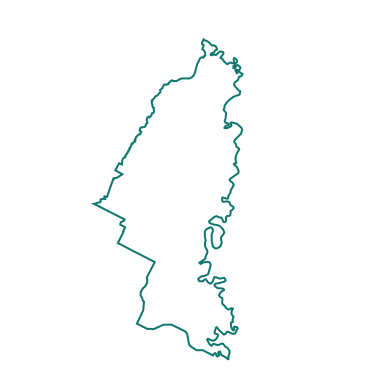 outline of Manningham, Victoria, Australia, rotated 109°
{"feature_id": "25037944B66764167138958", "entity_name": "Manningham", "entity_type": "district", "adm_level": 2, "iso_a3": "AUS", "parent_name": "Australia", "parent_adm1": "Victoria", "projection": "natural_earth1", "projection_center": [145.177, -37.757], "detail": "fine", "context": "isolated", "style": "outline", "palette": "teal", "viewbox_px": 384, "rotation_deg": 109, "n_neighbors": 0, "source": "geoboundaries", "source_scale": "gbopen_adm2", "svg_char_len": 6039}
<svg xmlns="http://www.w3.org/2000/svg" viewBox="0 0 384 384"><g transform="rotate(109 192 192)"><path d="M43.9,230.7L47.1,231.2L49.2,230.4L49.1,229.2L49.7,228.7L53.5,228.7L54.3,226.8L56.0,224.9L58.5,224.0L59.2,224.2L59.8,225.0L60.3,224.8L60.7,225.2L61.2,225.0L61.5,225.5L61.4,226.5L62.6,227.8L69.6,228.7L77.7,228.1L80.7,228.2L83.5,229.4L85.6,231.7L87.8,238.4L89.3,240.3L91.9,242.5L93.3,245.8L93.3,246.3L93.0,246.5L93.0,247.4L94.0,248.4L95.3,248.7L96.0,249.4L97.8,249.4L98.0,250.4L99.0,251.1L99.0,252.4L99.5,253.2L102.0,253.9L103.6,253.8L106.0,255.4L107.2,254.5L108.5,254.6L109.6,255.4L111.7,255.9L113.5,257.8L116.0,258.4L118.3,259.7L118.7,259.3L119.3,259.7L119.8,259.4L119.9,259.0L120.9,259.1L122.4,257.8L123.6,257.6L124.2,256.6L124.8,256.4L125.0,255.3L126.7,255.0L128.2,254.2L129.7,254.1L130.7,255.5L132.8,255.4L135.3,256.4L135.2,257.3L134.9,257.6L136.3,258.6L138.3,258.4L141.3,256.6L142.9,257.7L143.4,257.3L145.5,257.7L146.2,258.5L147.8,261.5L150.2,261.7L150.5,261.2L150.9,261.4L151.1,261.0L151.8,260.5L152.0,260.1L151.9,259.7L152.6,259.9L153.0,259.6L154.5,260.0L155.0,261.1L158.1,262.7L158.6,262.5L160.0,263.0L161.4,262.3L161.7,263.0L162.9,262.4L163.4,263.3L165.4,263.7L165.5,264.3L166.2,264.3L166.2,264.8L169.1,264.6L170.4,265.2L170.5,264.8L171.1,264.8L171.4,265.3L172.8,265.0L173.8,265.7L174.7,265.4L175.7,266.0L176.3,265.7L177.8,266.5L178.1,266.2L178.8,266.7L180.3,266.5L180.5,267.0L181.4,266.9L181.8,267.6L183.1,268.2L184.1,268.3L188.8,267.3L188.6,270.3L196.4,271.6L197.9,263.7L202.9,267.5L204.7,270.7L205.7,270.2L206.0,270.7L224.5,270.8L225.0,271.7L224.5,272.8L224.6,273.3L225.5,273.3L226.9,272.0L227.5,274.2L228.7,275.9L229.3,276.0L230.6,275.2L231.5,275.5L232.2,276.8L232.8,277.3L233.2,278.5L234.2,279.2L235.1,280.8L239.9,246.8L241.2,247.0L243.9,249.6L246.3,249.2L247.1,243.7L251.8,244.3L251.9,243.8L264.4,245.5L270.4,204.4L287.7,206.9L289.3,205.8L292.7,204.8L296.8,205.7L298.8,207.0L302.8,207.9L305.6,207.3L307.0,206.4L309.1,204.1L311.0,202.9L311.3,201.7L319.6,199.6L334.4,201.2L336.0,189.3L334.8,186.7L334.6,184.7L333.6,183.0L326.8,175.8L324.1,168.3L326.0,153.1L326.5,152.0L327.9,150.3L337.1,145.1L338.3,143.4L340.1,136.3L338.1,130.3L339.7,118.9L337.3,118.2L336.8,117.6L337.3,116.6L339.0,115.4L339.3,114.6L337.9,113.2L336.9,113.6L336.2,114.7L335.3,114.9L334.4,114.7L333.8,113.6L334.2,113.0L335.5,112.5L336.6,110.8L337.4,106.1L338.3,103.8L338.2,103.2L335.8,104.0L331.6,104.1L330.1,104.8L327.9,107.6L327.6,108.3L327.3,110.3L325.5,113.0L325.8,114.8L327.5,116.5L328.4,118.0L328.6,122.4L329.3,122.9L331.0,123.3L330.7,124.8L329.5,126.8L326.6,129.7L325.9,129.5L325.5,128.8L326.0,125.3L325.9,124.0L324.7,122.3L323.6,121.5L320.4,120.6L318.7,120.9L318.2,121.4L318.3,124.2L317.9,124.9L312.9,125.2L311.9,124.8L312.0,124.0L314.1,120.9L316.4,115.4L315.2,114.1L313.0,113.5L312.4,112.7L312.9,107.5L311.9,105.3L306.2,104.4L305.6,104.7L305.2,105.7L305.3,107.1L305.8,108.2L306.7,108.2L308.3,107.1L309.4,108.1L308.6,109.4L306.6,111.2L303.1,112.7L302.6,112.5L302.1,111.5L301.4,111.0L299.8,112.1L296.6,112.0L295.1,114.3L293.8,115.2L292.3,115.6L289.0,115.4L288.9,116.7L291.2,118.9L290.6,122.3L289.4,123.2L288.4,125.9L287.8,126.9L285.9,127.8L283.8,128.2L282.4,129.0L282.2,131.1L281.0,132.8L278.3,132.6L275.4,130.8L274.3,129.8L273.9,129.9L273.4,130.8L273.5,132.7L274.6,136.7L273.5,139.7L272.9,140.4L271.8,140.4L270.9,139.7L269.3,136.7L266.4,132.5L265.0,131.4L263.8,132.1L262.9,133.1L262.8,133.8L264.9,137.7L264.8,140.9L265.2,143.1L269.9,143.3L271.9,143.9L272.6,144.7L272.6,146.2L272.0,147.9L270.0,150.4L270.5,151.5L272.6,152.4L273.7,154.7L273.8,156.4L272.4,157.7L271.6,157.7L268.5,155.4L267.8,153.5L264.8,150.2L263.6,150.0L255.1,150.5L253.7,151.4L252.7,152.9L253.4,155.3L255.0,158.6L257.1,160.2L257.0,161.0L256.5,162.0L250.9,157.8L248.8,158.1L243.8,157.8L241.9,158.9L240.5,160.7L238.6,162.3L235.8,163.2L233.8,163.1L230.0,165.3L226.5,166.6L224.5,166.9L222.3,166.1L219.5,163.3L219.2,162.1L220.7,160.0L222.7,159.5L226.4,159.5L232.3,157.2L236.8,154.4L237.6,152.1L237.5,151.0L236.9,149.8L235.5,148.4L233.1,147.3L230.1,147.4L227.3,149.2L225.5,149.7L224.4,149.6L222.0,148.6L219.6,148.4L217.2,150.5L215.4,153.9L215.0,156.9L215.7,160.7L215.7,164.6L214.9,165.9L214.1,166.3L208.1,162.6L206.8,160.8L207.1,158.1L206.7,155.7L210.0,152.5L210.0,151.6L209.5,150.8L207.9,150.4L205.8,151.4L204.6,151.5L203.3,151.0L202.3,148.8L201.6,148.3L199.8,148.5L197.5,149.3L195.1,147.8L193.6,147.4L192.6,148.1L191.9,151.2L190.2,152.6L189.2,154.1L189.7,156.3L190.9,158.7L191.1,159.8L190.1,160.8L188.0,161.6L187.2,161.2L187.0,156.6L186.2,155.8L184.3,156.3L179.8,155.5L178.0,155.9L171.7,154.8L170.2,156.3L169.0,159.6L168.3,160.4L166.8,160.0L159.1,154.3L157.0,154.7L154.4,157.0L153.5,158.1L152.6,160.8L152.1,161.5L151.3,161.3L150.9,160.2L150.1,159.6L146.9,161.6L142.9,162.3L136.1,161.3L135.6,161.9L134.6,164.9L132.5,166.0L131.1,168.2L130.1,168.7L128.1,168.1L120.8,164.6L116.8,164.8L115.1,166.3L112.9,171.6L113.3,177.3L114.3,178.0L116.1,176.4L117.1,176.4L119.9,179.3L120.8,181.2L120.9,182.1L120.4,182.3L118.4,181.4L116.8,179.2L116.3,179.1L115.5,180.4L115.4,183.1L114.8,183.9L114.1,184.2L111.5,184.2L106.5,185.4L105.7,186.1L104.4,188.4L103.7,188.9L101.8,188.7L100.5,189.2L99.0,189.1L95.5,188.1L92.3,186.4L88.5,183.8L86.8,181.9L85.2,179.4L84.3,178.7L81.0,179.2L80.6,181.3L77.8,186.1L77.0,187.0L75.8,187.4L74.4,187.1L71.0,185.0L67.7,185.0L66.6,183.3L64.1,182.6L62.8,186.9L63.3,187.8L64.6,187.8L65.0,188.3L64.5,188.5L63.1,190.5L62.6,190.7L61.9,190.2L61.7,187.8L61.1,187.0L60.2,186.7L59.0,186.6L58.2,187.0L57.1,189.6L57.2,190.4L58.3,191.2L60.9,192.0L61.4,193.2L59.4,193.8L57.8,192.7L55.7,192.5L54.1,191.7L52.6,192.7L51.7,194.2L51.6,195.8L52.1,195.9L54.2,195.3L56.0,194.2L56.6,194.3L57.2,196.0L57.0,197.0L57.3,198.2L59.7,200.3L58.3,204.0L56.2,206.7L56.1,208.6L55.5,208.8L51.2,207.3L50.1,207.6L49.6,208.3L49.9,210.5L50.3,211.6L54.7,214.0L54.9,216.3L56.4,217.9L56.4,218.4L55.9,219.1L54.9,219.1L52.9,216.7L50.5,216.1L49.3,214.7L48.9,214.7L47.0,216.4L46.4,217.5L46.2,219.4L46.9,220.2L46.9,220.9L45.0,224.7L44.3,227.6L44.5,229.2L43.9,230.7Z" fill="none" stroke="#0f766e" stroke-width="2"/></g></svg>